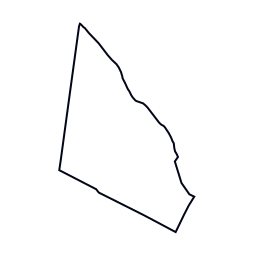 outline of McCracken, Kentucky, United States of America, rotated 27°
{"feature_id": "52423323B88387412607829", "entity_name": "McCracken", "entity_type": "district", "adm_level": 2, "iso_a3": "USA", "parent_name": "United States of America", "parent_adm1": "Kentucky", "projection": "natural_earth1", "projection_center": [-88.715, 37.085], "detail": "fine", "context": "isolated", "style": "outline", "palette": "ink", "viewbox_px": 256, "rotation_deg": 27, "n_neighbors": 0, "source": "geoboundaries", "source_scale": "gbopen_adm2", "svg_char_len": 748}
<svg xmlns="http://www.w3.org/2000/svg" viewBox="0 0 256 256"><g transform="rotate(27 128 128)"><path d="M37.8,56.9L38.2,59.6L63.4,132.0L82.4,186.4L84.7,193.2L85.9,196.8L127.4,197.0L131.3,198.8L181.9,198.5L217.7,199.1L217.3,179.7L217.3,169.7L218.2,159.1L212.8,159.2L200.6,152.7L184.9,136.5L185.7,131.2L183.5,129.3L180.6,127.5L178.6,125.2L175.6,120.7L173.7,119.6L170.8,117.0L166.7,114.1L160.9,110.8L159.0,110.0L156.0,109.9L153.3,109.1L136.1,100.9L133.6,100.0L130.2,99.2L123.1,100.2L121.8,100.0L118.3,98.6L116.0,97.3L112.7,94.8L109.9,93.2L105.0,89.3L100.7,86.2L99.3,84.4L96.3,81.3L92.2,78.2L88.8,76.4L82.7,74.6L77.1,72.4L63.3,65.8L49.9,61.1L44.3,58.6L42.7,58.4L39.9,57.4L38.4,56.9L37.8,56.9Z" fill="none" stroke="#020617" stroke-width="2"/></g></svg>